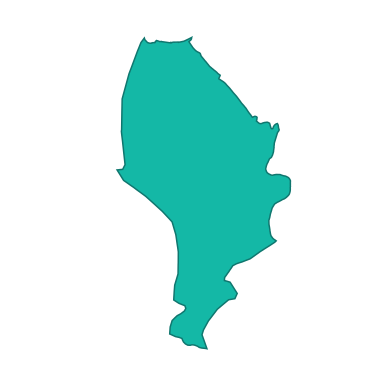 Bani Hushaysh, Sana'a, Yemen, rotated 107°
{"feature_id": "15242507B83283859623898", "entity_name": "Bani Hushaysh", "entity_type": "district", "adm_level": 2, "iso_a3": "YEM", "parent_name": "Yemen", "parent_adm1": "Sana'a", "projection": "mercator", "projection_center": [44.331, 15.453], "detail": "fine", "context": "isolated", "style": "filled", "palette": "teal", "viewbox_px": 384, "rotation_deg": 107, "n_neighbors": 0, "source": "geoboundaries", "source_scale": "gbopen_adm2", "svg_char_len": 5765}
<svg xmlns="http://www.w3.org/2000/svg" viewBox="0 0 384 384"><g transform="rotate(107 192 192)"><path d="M58.7,282.6L64.0,284.5L70.0,285.0L73.0,285.3L86.6,286.1L90.0,286.3L97.3,286.8L123.4,286.0L136.4,282.3L153.0,277.5L154.5,277.3L156.9,276.3L163.7,273.3L170.0,270.6L177.5,267.4L185.4,264.0L190.6,264.9L190.8,265.4L191.6,267.3L192.8,270.1L194.2,268.5L200.9,260.8L202.4,256.1L203.6,252.5L204.7,249.0L205.9,245.8L207.5,241.1L209.7,234.9L215.2,223.1L219.2,214.7L224.3,205.8L226.4,202.3L228.5,200.9L237.5,195.0L240.0,193.8L246.0,191.0L249.1,189.5L253.2,187.6L264.2,184.3L264.7,184.2L274.4,181.4L285.1,181.3L286.1,181.3L290.6,180.3L292.0,180.0L300.6,177.9L301.8,173.7L302.3,171.8L302.8,165.6L305.1,163.9L306.3,164.1L306.5,164.2L307.9,164.4L311.8,167.2L314.6,170.0L317.2,171.5L320.2,173.1L320.7,173.4L327.4,173.4L334.3,171.8L334.3,171.5L335.1,165.5L334.8,161.7L335.0,158.8L336.3,157.8L337.9,156.3L339.2,153.9L339.7,151.3L339.1,148.9L338.1,147.3L337.7,145.2L337.7,143.9L337.9,141.5L338.5,139.6L338.4,137.3L337.7,133.6L337.5,131.9L325.6,140.7L320.5,140.7L310.4,138.6L307.8,137.6L296.7,133.5L289.9,129.1L284.7,125.7L284.4,125.6L281.5,119.8L278.2,119.4L275.8,119.1L267.1,129.2L267.1,132.2L267.2,135.1L264.3,135.8L258.2,133.8L257.8,133.6L255.9,133.1L253.5,132.3L251.8,131.8L250.6,131.5L247.7,128.6L246.5,127.0L244.1,123.5L241.7,120.5L239.0,117.0L237.9,116.1L233.3,112.6L230.6,110.5L229.6,109.8L225.8,106.6L220.0,101.6L215.9,98.2L214.1,97.2L213.9,97.7L213.6,98.6L213.4,99.4L213.1,100.2L212.7,101.1L211.9,102.2L211.4,102.8L210.8,103.6L210.1,104.1L209.1,104.7L208.3,105.1L207.1,105.7L206.4,106.1L205.1,106.6L203.9,107.2L202.8,107.7L202.1,108.1L201.3,108.5L200.5,108.9L199.4,109.3L198.5,109.6L197.6,109.9L196.7,110.2L195.7,110.2L194.8,110.2L194.1,110.2L193.9,110.2L192.9,110.3L192.0,110.4L191.1,110.5L190.1,110.6L189.1,110.6L187.3,110.6L186.4,110.6L185.6,110.6L184.7,110.7L183.7,110.6L182.8,110.4L181.9,110.2L181.1,109.9L180.3,109.8L179.5,109.5L179.0,109.2L178.8,109.1L178.4,108.7L178.1,108.4L177.3,107.8L176.6,107.1L176.1,106.5L176.0,106.4L175.3,105.7L174.5,104.9L174.4,104.8L173.9,104.3L173.0,103.5L172.4,102.8L171.7,102.0L171.7,101.9L170.9,101.2L170.1,100.6L169.3,100.0L168.6,99.7L167.8,99.2L167.0,98.8L166.2,98.5L165.3,98.3L164.5,98.3L163.6,98.3L162.4,98.4L161.4,98.6L160.6,98.8L159.7,99.1L158.8,99.4L157.9,99.5L156.6,100.0L155.7,100.2L154.6,100.6L153.8,100.8L153.0,101.0L152.2,101.3L151.5,102.0L150.9,102.6L150.8,102.8L150.4,103.3L150.0,104.1L149.8,105.1L149.6,106.1L149.5,106.9L149.5,107.9L149.7,108.8L149.7,109.7L149.7,110.6L149.7,111.4L149.6,112.2L149.6,112.8L149.6,113.1L149.9,114.0L150.0,114.4L150.1,114.7L150.1,114.9L150.4,115.7L150.6,116.5L151.0,117.4L151.5,118.3L151.9,119.1L152.4,119.8L152.6,120.6L152.6,121.6L152.4,122.7L152.3,123.6L152.0,124.6L151.6,125.7L151.0,126.4L150.2,127.1L149.4,127.7L148.6,128.2L147.7,128.4L146.9,128.4L145.8,128.5L144.9,128.5L144.1,128.5L143.0,128.4L142.0,128.2L141.0,128.0L140.2,128.0L139.3,127.8L138.4,127.8L137.4,127.5L136.7,127.0L136.0,126.4L135.2,126.1L134.3,126.0L133.4,125.8L130.2,125.8L129.3,125.9L128.5,126.1L127.7,126.2L126.6,126.4L125.3,126.6L124.2,127.0L123.3,127.1L122.3,127.3L121.6,127.5L120.7,127.6L119.9,127.6L118.9,127.6L118.1,127.6L117.1,127.6L110.1,127.6L109.3,127.3L108.5,127.0L107.7,126.8L106.9,126.9L106.7,127.1L105.9,127.6L105.6,127.8L105.2,128.1L104.6,128.3L104.4,128.4L103.6,128.8L102.8,129.2L102.2,129.7L101.6,130.4L101.8,130.6L102.1,131.2L102.7,131.8L103.4,132.3L104.1,132.7L105.0,133.0L105.9,133.2L106.8,133.2L107.7,133.3L108.2,134.1L107.9,134.9L107.4,135.5L106.6,135.9L105.8,136.5L105.1,136.9L104.1,137.5L103.5,138.0L103.4,138.9L103.2,139.8L103.3,140.7L103.7,141.5L104.1,142.4L104.4,143.1L104.9,143.8L105.3,144.5L106.0,145.2L106.4,146.0L106.7,146.8L106.7,147.8L106.4,148.5L106.1,149.4L105.7,150.2L105.4,151.1L103.6,151.2L101.6,151.6L101.2,152.2L101.1,153.2L101.3,154.2L102.9,156.1L102.3,156.9L101.7,157.8L101.1,158.4L100.6,159.2L99.8,160.4L99.2,161.2L99.0,161.4L98.5,162.1L97.9,162.8L97.4,163.4L96.8,164.1L95.9,165.2L95.5,165.9L94.9,166.8L94.4,167.5L93.9,168.3L93.5,169.0L92.9,170.0L92.4,170.8L91.9,171.5L91.3,172.1L91.2,172.3L87.7,177.1L87.1,178.0L86.7,178.7L86.2,179.5L85.8,180.2L85.3,181.0L84.9,181.7L84.1,182.8L83.6,183.5L83.1,184.3L82.5,185.2L82.0,185.9L81.5,186.7L80.8,187.9L80.4,188.7L80.3,188.8L79.7,189.9L79.2,190.6L78.7,191.4L78.2,192.3L77.7,193.5L77.4,194.3L77.3,194.5L77.2,195.1L76.9,195.9L76.7,196.8L76.4,197.7L76.1,198.8L75.9,199.5L75.7,199.5L75.2,199.5L72.9,199.2L72.1,199.2L71.7,200.3L71.3,201.5L71.0,202.2L70.8,202.5L70.3,203.3L70.1,203.7L70.0,204.1L69.5,205.1L69.3,205.8L68.5,207.7L68.2,208.3L68.2,208.5L67.8,209.4L67.2,210.7L67.0,211.3L66.6,212.1L66.2,212.7L65.6,213.5L65.3,214.0L64.6,215.0L64.1,215.8L63.6,216.5L63.3,216.9L62.7,218.0L62.3,218.6L61.7,219.4L61.3,220.1L61.2,220.2L60.8,220.8L60.5,221.2L59.7,222.5L59.3,222.9L59.3,223.0L58.9,223.4L58.8,223.5L58.1,223.9L57.9,224.0L57.4,224.4L57.3,224.5L57.0,224.9L56.8,225.3L56.6,226.1L56.6,226.4L56.5,226.7L56.5,227.2L56.4,227.6L56.3,228.1L56.0,229.2L55.9,229.3L55.8,229.6L55.7,229.8L55.6,230.0L55.3,230.6L55.2,230.9L54.4,232.2L54.3,232.4L53.9,233.0L53.8,233.3L52.6,234.7L52.3,235.1L52.2,235.2L51.9,235.6L50.9,236.8L50.3,237.6L49.6,238.4L49.1,238.9L48.8,238.7L48.3,238.4L47.8,238.1L47.5,237.8L47.1,237.6L46.9,237.6L46.0,237.3L45.6,237.3L45.4,237.3L44.6,237.5L44.3,237.5L46.8,240.1L50.1,243.7L52.7,248.4L52.5,248.5L54.2,253.7L54.3,254.0L54.8,254.7L54.9,254.8L55.0,255.0L55.1,255.9L55.6,255.8L57.1,265.2L57.0,265.3L57.1,265.5L57.4,266.2L57.5,266.6L57.6,266.9L57.6,267.1L57.5,267.9L57.5,270.3L57.9,270.6L58.6,270.6L58.9,270.9L59.4,270.9L59.6,271.3L60.1,271.3L60.7,273.3L60.9,273.5L61.2,274.1L61.5,274.1L61.8,275.0L62.1,275.9L62.1,278.3L61.9,278.6L60.1,281.7L59.3,282.2L58.7,282.6Z" fill="#14b8a6" stroke="#0f766e" stroke-width="1.5"/></g></svg>